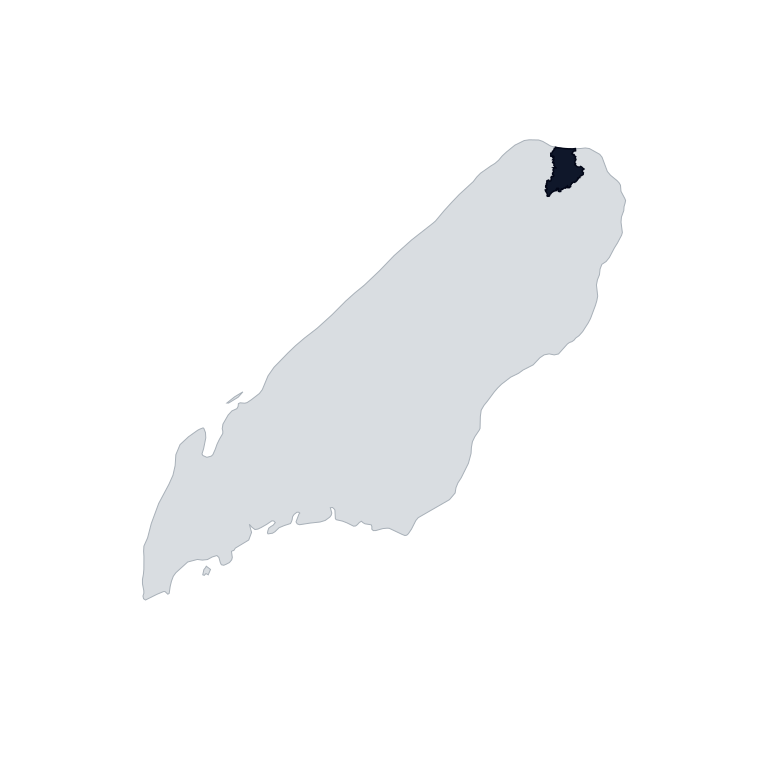 Ambovombe-Androy, Androy, Madagascar (highlighted), rotated 211°
{"feature_id": "10022922B3330352702203", "entity_name": "Ambovombe-Androy", "entity_type": "district", "adm_level": 2, "iso_a3": "MDG", "parent_name": "Madagascar", "parent_adm1": "Androy", "projection": "robinson", "projection_center": [45.726, -24.798], "detail": "fine", "context": "in_parent", "style": "filled", "palette": "ink", "viewbox_px": 768, "rotation_deg": 211, "n_neighbors": 0, "source": "geoboundaries", "source_scale": "gbopen_adm2", "svg_char_len": 8657}
<svg xmlns="http://www.w3.org/2000/svg" viewBox="0 0 768 768"><g transform="rotate(211 384 384)"><path d="M490.4,92.1L492.2,96.9L494.4,101.5L501.0,112.6L503.9,116.8L506.3,121.4L507.4,130.4L511.6,144.5L515.6,165.6L516.7,187.2L517.9,197.1L521.0,206.5L526.0,216.2L527.6,227.0L524.4,238.1L519.8,248.6L518.6,250.5L516.5,253.2L515.5,253.1L512.0,250.4L509.0,246.0L505.3,235.6L504.0,230.3L502.5,229.4L498.1,229.9L494.9,233.2L494.3,235.3L495.0,241.1L496.1,246.4L496.6,251.8L496.7,258.5L497.9,260.6L499.6,262.3L501.4,266.7L501.6,277.2L500.5,282.6L497.4,287.1L497.5,289.7L498.7,292.2L497.6,293.8L493.5,295.8L491.8,297.5L489.6,302.2L485.9,311.7L485.4,316.5L487.6,331.2L486.9,341.7L482.2,361.7L479.6,371.2L475.8,382.5L470.0,397.4L464.3,416.2L459.5,435.5L455.9,447.1L451.8,458.5L446.2,478.7L441.5,499.2L434.5,521.8L424.9,546.9L423.8,550.2L421.8,563.1L419.6,574.2L417.1,585.3L411.7,603.5L411.1,609.1L409.8,614.5L404.7,626.0L402.5,630.2L401.0,634.8L400.1,640.5L398.5,646.0L394.8,656.2L389.2,664.9L385.3,668.1L377.1,672.8L372.9,673.7L363.7,673.8L354.8,676.4L345.4,681.5L336.5,687.3L333.0,690.0L329.2,691.6L317.4,692.0L313.9,690.7L302.0,681.2L297.4,679.6L288.7,678.3L286.1,677.5L283.7,676.2L280.1,671.2L273.1,667.0L271.4,665.7L270.4,662.8L269.6,659.7L267.8,656.2L266.5,649.5L264.2,644.8L257.7,636.6L257.0,634.0L256.5,625.2L256.6,619.3L256.0,608.5L256.7,603.4L258.9,598.8L258.0,593.8L255.6,588.6L254.7,583.2L252.9,578.3L246.1,569.4L244.5,565.1L243.3,560.5L240.7,546.5L240.4,541.6L240.7,531.2L241.7,525.9L243.3,522.2L243.7,519.4L244.8,517.0L246.4,515.1L247.4,512.8L249.9,499.6L253.1,496.6L257.9,494.9L261.7,491.5L263.9,486.8L266.0,477.2L272.0,467.6L274.1,462.6L279.0,455.0L283.2,444.3L284.5,439.2L285.4,434.1L286.5,422.8L287.3,417.1L287.2,411.6L284.7,405.8L278.8,395.4L278.6,393.5L279.0,385.7L278.5,380.1L276.4,374.6L273.6,369.3L270.8,359.5L269.5,343.3L269.7,337.4L268.9,332.2L266.9,327.2L268.3,318.6L285.8,287.1L286.4,283.4L285.7,273.8L286.0,268.2L286.6,266.2L288.0,264.9L291.0,264.4L305.2,263.0L307.1,262.0L310.6,259.4L315.5,254.2L317.7,252.8L319.7,253.3L320.9,255.5L322.5,256.7L328.2,254.4L330.4,254.3L332.7,254.7L333.8,252.6L334.4,249.7L335.2,247.7L336.8,246.5L344.2,245.9L348.9,245.1L355.0,243.1L356.3,243.5L361.2,250.7L362.7,251.3L364.6,251.6L366.3,250.3L362.3,246.5L361.7,244.4L361.9,242.0L364.1,236.8L367.7,232.8L375.6,226.8L383.9,219.9L386.3,219.4L388.4,220.5L389.9,228.7L389.7,230.0L391.0,230.2L392.6,229.2L393.9,225.9L394.0,223.1L392.9,220.5L392.4,218.3L392.3,216.2L396.5,211.4L399.9,206.8L401.4,201.2L402.7,198.7L406.2,195.8L407.2,196.3L408.0,198.6L408.5,201.1L407.6,203.5L406.3,205.9L405.8,209.2L407.8,209.8L409.6,209.0L412.3,203.2L415.4,197.7L417.3,194.8L419.6,192.8L423.4,193.2L427.2,194.4L421.1,188.6L419.6,180.6L426.9,166.8L427.0,163.9L428.0,163.0L428.5,161.9L424.7,157.2L424.0,154.9L424.5,151.4L426.4,148.3L428.0,146.1L430.3,145.3L432.2,146.5L436.2,150.3L438.9,150.9L442.2,147.2L444.9,142.6L449.0,139.5L453.6,137.5L460.6,130.3L465.2,115.1L465.6,110.7L464.6,105.4L463.0,100.3L460.3,93.9L461.0,92.5L464.8,93.3L466.1,92.5L470.3,86.8L477.2,76.0L479.5,76.1L481.4,78.1L482.1,81.0L483.5,83.2L488.1,88.3L490.4,92.1ZM442.4,134.7L442.5,136.3L437.2,135.7L436.4,129.9L439.0,129.8L439.5,127.4L441.1,127.1L442.8,132.2L442.4,134.7ZM505.4,296.2L500.9,304.6L502.2,297.6L507.4,287.6L508.9,286.8L505.4,296.2Z" fill="#d9dde1" stroke="#a8b0b8" stroke-width="1"/><path d="M323.5,670.9L323.3,671.3L323.6,671.4L323.8,671.4L324.0,671.3L324.5,671.3L325.1,671.5L325.7,671.7L327.0,671.8L327.6,671.7L327.8,670.8L328.4,670.4L328.9,670.2L329.9,669.8L330.4,669.7L331.3,669.9L331.9,670.0L333.1,670.1L333.4,670.2L333.7,670.2L334.1,670.1L333.1,671.0L333.1,671.4L333.2,671.5L333.5,671.6L334.7,672.1L335.0,672.5L335.0,672.9L335.1,673.2L335.2,673.5L334.9,673.9L334.9,674.1L335.0,674.4L335.1,674.5L335.1,675.0L335.3,675.1L335.3,675.4L335.7,675.5L335.9,675.9L336.0,675.9L336.5,675.9L336.3,676.1L336.7,676.8L336.8,677.6L338.1,677.5L338.9,677.6L338.9,677.9L338.7,678.2L339.0,678.4L339.5,678.5L339.7,678.2L340.2,678.0L340.4,678.1L340.5,678.0L341.6,678.1L341.5,678.6L341.6,679.1L341.5,679.9L341.6,680.0L341.6,680.6L341.4,681.3L340.1,682.3L340.0,682.5L339.9,682.6L340.1,682.9L340.5,683.5L341.2,684.4L341.5,684.2L342.1,683.6L342.6,683.3L343.5,682.6L344.0,682.3L345.0,681.8L345.1,681.7L345.5,681.5L347.0,680.6L348.8,679.7L349.7,679.2L352.2,678.0L353.8,677.4L356.8,676.0L358.7,675.4L358.2,675.0L358.1,674.8L358.5,674.4L358.8,674.3L359.0,674.1L359.3,673.7L358.9,673.3L359.1,673.1L359.1,672.8L358.8,672.0L359.0,671.8L359.0,671.7L358.9,671.4L358.9,670.9L359.4,670.3L359.2,669.6L358.9,669.1L358.9,668.9L359.2,668.4L359.6,668.0L359.8,667.9L359.9,667.7L359.7,667.5L359.4,666.9L358.8,665.9L358.7,665.7L358.4,665.2L358.0,665.2L357.7,665.5L357.4,665.5L357.1,666.2L356.9,666.7L356.0,666.2L356.2,665.8L356.3,665.8L356.3,665.7L356.1,665.4L356.0,665.1L355.7,665.1L355.4,665.3L355.2,665.9L354.8,665.2L354.9,664.9L354.8,664.5L354.9,663.3L354.2,663.7L354.1,663.9L353.9,664.4L353.6,660.7L353.2,660.6L352.8,660.7L352.6,660.9L352.4,661.1L352.0,660.4L351.9,660.3L351.4,660.2L351.2,659.4L351.1,659.0L351.0,658.9L350.6,658.9L349.3,658.1L347.8,657.9L347.8,657.7L348.2,657.6L348.4,657.5L348.6,657.5L349.1,657.1L349.7,657.0L350.0,656.8L349.8,656.8L349.5,656.5L349.3,656.3L349.3,656.1L349.7,655.9L349.4,654.7L349.1,654.3L348.8,654.0L348.6,654.1L348.4,653.9L348.4,653.7L348.0,653.5L347.8,653.3L347.7,652.8L347.8,652.4L347.8,652.0L348.0,652.0L348.1,651.9L348.1,651.5L347.4,650.5L346.8,650.6L346.6,650.4L346.1,650.4L346.1,650.1L345.8,650.0L345.7,649.7L345.7,649.2L346.0,648.9L346.1,648.7L346.5,648.7L346.8,648.6L346.8,648.3L347.2,648.1L347.3,647.6L347.2,647.2L347.1,646.9L346.8,646.9L346.7,646.8L346.5,646.3L346.3,646.1L346.1,645.8L346.0,645.6L346.1,645.3L345.8,644.8L345.7,644.2L345.8,644.1L346.0,643.6L346.2,643.3L346.4,643.0L346.5,642.9L346.8,643.0L347.6,643.6L347.9,643.6L348.1,643.4L348.5,642.7L348.6,642.3L348.9,642.3L349.0,642.1L348.7,641.8L348.7,641.4L348.5,641.0L348.4,640.9L348.1,640.8L347.9,640.2L348.0,639.9L347.9,639.1L347.7,639.0L347.6,638.9L347.5,638.6L347.2,638.7L346.9,638.5L346.9,638.3L347.0,638.1L347.0,637.9L347.4,637.7L347.5,637.4L347.4,637.1L347.2,637.0L347.0,636.9L347.0,636.3L346.6,635.9L346.1,635.7L346.0,635.8L345.8,635.9L345.6,635.9L345.5,635.7L345.4,635.7L345.2,635.6L344.9,635.5L344.8,635.4L344.7,635.1L344.6,634.3L345.3,633.8L345.7,633.4L345.3,633.0L344.7,632.5L344.2,632.3L343.8,632.1L342.9,631.6L342.6,631.5L341.8,630.8L341.5,630.4L341.3,630.2L341.2,630.0L341.3,629.5L341.2,629.3L340.8,629.1L340.6,629.1L340.3,629.2L340.1,629.4L340.1,629.6L339.7,629.7L339.4,629.8L339.1,630.2L339.1,630.5L339.2,631.0L339.2,631.5L339.4,632.0L339.4,632.3L339.2,632.8L339.0,633.0L339.0,634.3L338.9,634.6L338.7,634.8L338.4,635.6L338.2,636.2L337.9,636.3L337.7,636.6L337.8,636.8L337.6,637.2L336.8,637.7L336.7,637.8L336.7,638.6L336.4,638.7L335.8,638.6L335.7,638.7L335.7,638.8L335.9,638.9L336.0,639.0L335.8,639.6L335.9,639.8L336.0,639.9L336.4,640.0L336.3,640.3L336.6,640.5L336.5,640.9L336.2,640.8L336.0,640.6L335.7,640.5L335.5,641.2L335.4,641.5L335.0,641.5L334.5,640.2L333.7,639.0L333.0,639.2L333.0,639.3L332.7,639.5L332.3,639.5L332.2,639.6L332.2,639.8L331.7,640.1L331.9,640.6L332.1,640.8L332.1,641.1L332.2,641.4L332.2,641.6L332.4,641.9L332.3,642.2L332.1,642.7L331.6,642.7L331.5,642.8L331.2,642.8L330.9,644.0L330.5,644.7L330.4,645.0L330.1,645.0L329.9,645.2L329.5,645.2L329.4,645.3L329.5,646.2L329.5,646.3L329.4,646.3L329.0,646.1L328.9,646.2L328.9,646.4L328.4,646.6L329.0,647.3L329.0,647.5L329.0,647.8L328.8,647.9L328.8,648.0L328.7,648.3L327.7,647.3L327.3,647.1L327.2,647.1L327.0,647.3L326.6,647.6L326.5,647.8L326.5,648.0L326.3,648.4L326.1,648.3L326.1,648.6L326.1,648.9L326.0,649.1L325.8,649.1L325.7,649.2L325.7,649.4L326.3,650.3L326.5,650.7L326.7,650.9L326.7,651.0L326.4,651.3L326.3,651.5L326.5,652.0L326.5,652.4L326.6,652.6L326.6,653.3L326.4,653.6L326.2,653.8L326.0,653.7L326.0,653.8L326.0,654.0L325.8,654.3L325.5,654.6L325.4,654.7L325.3,654.8L324.7,654.9L324.6,655.0L324.3,655.1L324.3,655.5L324.2,655.8L324.2,656.1L323.8,656.3L323.8,656.5L323.7,656.6L323.7,656.8L323.7,657.3L323.7,657.5L323.4,657.8L323.5,658.2L323.4,658.5L323.4,658.8L323.3,659.1L323.5,659.4L323.4,659.6L323.6,659.9L323.7,660.2L323.8,660.3L323.2,660.5L323.2,661.2L322.9,661.4L322.8,661.5L323.0,661.5L323.0,662.1L323.1,662.3L323.0,662.6L323.0,662.9L322.9,663.0L322.8,663.5L322.5,663.9L322.4,664.2L322.2,664.3L322.0,664.5L321.8,664.9L321.6,665.6L321.2,666.1L321.4,666.3L321.5,666.6L321.6,666.8L321.6,667.0L321.8,667.1L321.9,667.7L322.1,667.7L322.7,667.9L322.9,667.8L323.4,667.9L323.7,668.5L323.6,668.8L324.0,669.4L324.1,669.5L323.9,669.7L324.0,670.0L323.8,670.1L323.7,670.4L323.6,670.7L323.5,670.9Z" fill="#0f172a" stroke="#020617" stroke-width="1.5"/></g></svg>